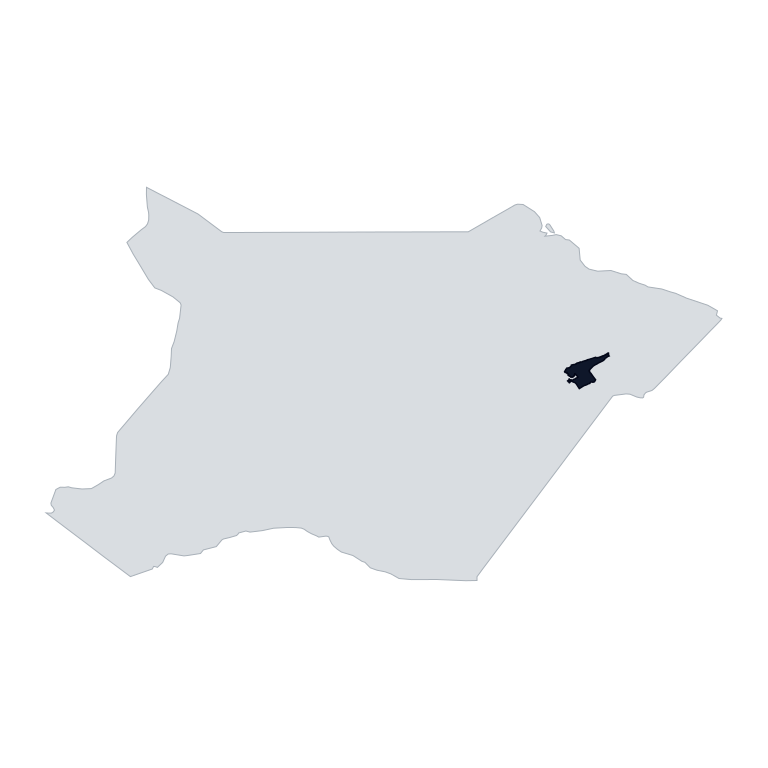 location of Kibwezi East, Eastern, Kenya, rotated 270°
{"feature_id": "3690345B7491344905793", "entity_name": "Kibwezi East", "entity_type": "district", "adm_level": 2, "iso_a3": "KEN", "parent_name": "Kenya", "parent_adm1": "Eastern", "projection": "equal_earth", "projection_center": [38.226, -2.656], "detail": "fine", "context": "in_parent", "style": "filled", "palette": "ink", "viewbox_px": 768, "rotation_deg": 270, "n_neighbors": 0, "source": "geoboundaries", "source_scale": "gbopen_adm2", "svg_char_len": 7319}
<svg xmlns="http://www.w3.org/2000/svg" viewBox="0 0 768 768"><g transform="rotate(270 384 384)"><path d="M187.5,477.0L187.3,465.7L188.5,436.9L188.4,411.6L189.5,399.0L194.1,390.9L196.2,385.1L197.8,377.0L200.2,370.3L205.7,364.9L206.7,361.9L212.5,352.9L216.0,341.3L218.7,337.4L221.9,333.7L224.3,331.8L228.1,329.9L231.1,328.8L231.6,327.9L231.9,326.0L230.9,318.8L232.2,316.4L234.2,311.6L236.6,307.2L238.7,304.3L239.9,301.4L240.4,296.3L240.5,292.7L240.5,286.9L239.8,273.6L237.4,262.4L235.9,250.0L237.0,245.9L235.0,238.6L234.1,238.2L232.5,236.6L230.5,229.7L229.0,223.4L228.0,221.8L221.4,216.3L218.1,203.4L214.5,200.5L212.5,187.6L212.1,184.0L214.2,171.1L214.0,168.2L211.8,165.5L205.6,162.7L200.6,157.4L201.3,155.6L201.6,153.6L199.0,152.3L191.4,130.4L201.3,117.2L211.3,103.8L224.1,87.0L235.9,71.4L246.0,58.0L255.1,46.1L254.9,48.4L254.9,51.4L256.0,53.2L257.9,54.5L260.5,53.2L262.7,51.3L264.9,50.9L278.5,55.9L280.8,60.2L280.7,64.9L281.2,68.3L280.2,71.7L279.0,82.0L279.4,91.4L283.4,98.4L287.1,103.9L290.0,111.6L292.1,114.0L295.0,115.2L304.4,115.5L318.2,116.0L331.5,116.5L332.7,116.7L335.6,117.7L347.8,128.1L359.0,137.6L368.5,145.9L377.8,154.0L386.7,161.8L393.7,168.3L400.5,170.3L411.7,171.2L419.4,171.5L426.5,174.2L437.1,176.8L445.0,178.1L449.8,179.6L463.0,181.1L465.2,180.2L471.1,173.0L477.6,161.3L480.1,154.8L488.6,148.4L503.5,139.5L513.9,133.2L525.6,126.9L530.8,132.4L538.2,141.2L541.4,145.5L544.1,147.5L548.0,148.7L552.8,148.8L555.5,148.6L560.9,147.4L573.5,146.4L580.7,146.5L574.6,158.2L567.4,172.2L554.0,198.0L543.9,211.5L536.2,221.8L535.5,223.6L535.5,235.1L535.6,263.0L535.8,319.0L536.0,375.0L536.1,430.9L536.2,458.9L536.2,468.3L543.0,480.1L549.6,491.5L558.3,506.8L563.0,514.9L563.8,517.6L563.5,523.1L556.3,534.5L550.4,539.7L542.5,542.1L540.1,541.7L537.0,540.0L535.8,542.8L534.9,547.0L533.1,546.1L531.8,544.9L532.6,552.4L533.4,556.2L532.2,561.2L528.4,565.6L528.0,569.3L519.7,579.1L507.9,580.2L501.7,585.0L498.9,589.0L496.8,597.7L497.5,610.9L494.2,621.2L493.6,626.3L487.5,632.9L484.8,639.0L482.8,645.2L481.1,647.9L479.0,661.8L476.2,670.2L475.4,673.0L474.7,675.6L472.5,680.5L471.1,683.9L470.0,686.1L462.8,707.7L457.2,717.5L452.8,716.4L449.9,720.1L449.6,721.9L448.0,720.9L444.3,717.4L436.8,710.0L429.2,702.7L421.7,695.4L414.1,688.0L406.6,680.7L399.0,673.4L391.4,666.1L383.9,658.7L379.5,654.4L377.5,651.9L375.9,646.8L375.2,645.6L373.2,644.0L370.8,643.6L370.1,642.7L370.2,640.2L371.0,636.7L373.8,630.0L374.1,626.0L373.5,621.5L372.6,614.3L371.9,612.7L366.9,608.9L356.4,601.0L345.9,593.1L335.4,585.2L324.9,577.3L314.4,569.4L303.8,561.5L293.3,553.6L282.8,545.7L272.3,537.8L261.8,529.9L251.3,522.0L240.8,514.1L230.3,506.2L219.8,498.3L209.3,490.4L198.8,482.5L194.8,479.6L191.3,477.0L187.5,477.0ZM537.0,553.8L535.1,554.4L536.1,550.6L541.5,545.7L543.7,546.8L544.1,547.9L544.0,548.9L543.1,549.9L537.0,553.8Z" fill="#d9dde1" stroke="#a8b0b8" stroke-width="1"/><path d="M386.3,594.5L388.2,595.6L391.5,593.1L394.4,591.1L394.5,591.0L394.7,590.9L395.0,590.6L395.2,590.2L395.3,590.1L395.5,590.0L395.5,589.9L395.7,589.7L395.8,589.6L396.0,589.6L396.5,589.6L396.8,589.7L397.0,589.6L397.1,589.4L397.2,589.2L397.3,588.9L397.3,588.7L397.4,588.4L397.4,589.3L397.7,589.3L397.8,589.5L398.5,589.9L401.6,592.9L401.8,593.1L402.2,593.6L403.2,595.2L404.3,597.4L404.9,598.2L405.1,598.6L406.1,600.7L407.2,602.9L408.4,604.4L408.7,604.7L408.9,604.8L409.0,604.8L409.4,604.7L409.6,604.8L409.9,605.4L410.1,606.0L410.7,606.8L411.0,607.1L411.5,607.8L411.9,608.9L412.0,609.1L412.2,608.9L412.3,608.9L412.5,608.8L412.5,608.7L412.9,608.7L413.1,608.6L413.5,608.2L413.6,608.5L413.9,608.6L414.5,608.5L414.8,608.5L414.8,608.3L415.0,608.1L414.9,608.0L414.8,607.9L414.7,607.6L414.5,607.3L414.3,607.4L414.0,606.7L413.9,606.7L413.8,606.8L413.7,606.7L413.7,606.4L413.5,605.9L413.5,605.7L413.4,605.5L413.4,605.4L412.9,605.5L412.9,605.4L412.8,604.8L412.5,604.1L412.4,603.6L412.2,603.4L412.1,603.2L412.2,602.9L412.1,602.7L411.7,602.7L411.7,602.3L411.8,602.0L411.8,601.8L411.7,601.7L411.4,601.7L411.4,601.3L411.4,601.0L411.3,600.9L411.2,600.8L411.0,600.6L411.1,600.2L410.8,600.1L410.7,600.1L410.6,599.8L410.5,599.7L410.7,599.2L410.6,598.8L410.4,598.2L410.5,597.9L410.4,597.7L410.1,597.4L410.0,597.2L410.2,596.8L410.2,596.4L410.3,596.1L410.7,595.8L410.7,595.7L410.5,595.0L410.4,594.6L410.2,594.1L410.1,593.7L409.8,593.1L409.6,592.1L409.4,591.8L409.3,591.6L409.2,590.9L409.0,590.2L408.7,589.7L408.7,589.4L408.6,589.1L408.6,588.9L408.4,588.2L408.2,587.8L408.3,587.4L408.1,587.1L407.9,587.0L407.9,586.8L407.5,586.5L407.5,586.4L407.5,586.2L407.5,585.9L407.3,585.7L407.3,585.2L406.9,583.8L406.8,583.5L406.6,583.1L406.5,582.4L406.4,582.3L406.2,582.2L405.9,581.1L405.8,580.8L405.8,580.6L406.0,580.5L406.1,580.3L406.1,580.2L405.9,580.0L405.8,579.8L405.4,579.7L405.4,579.4L405.3,579.2L405.2,579.0L405.2,578.8L405.2,578.6L405.3,578.4L405.2,578.3L405.1,578.1L405.1,577.7L405.0,577.4L404.8,577.3L404.8,577.2L404.8,576.7L404.7,576.6L404.3,576.4L404.2,576.1L404.1,575.7L403.9,575.5L403.7,575.5L403.6,575.3L403.6,574.7L403.5,574.4L403.5,574.1L403.4,573.6L403.4,573.3L403.2,573.0L403.2,572.5L403.1,572.2L402.9,571.5L402.9,571.4L402.4,571.3L402.2,571.2L401.8,571.2L401.6,571.0L401.6,570.8L401.5,570.7L401.3,570.5L401.1,570.5L401.0,570.4L400.9,570.1L400.8,569.9L400.6,569.9L400.4,569.8L400.3,569.7L400.2,569.0L400.2,568.7L399.9,567.3L399.9,566.9L399.4,566.8L399.2,566.7L399.1,566.4L398.9,566.2L398.7,565.8L398.5,565.7L398.1,565.8L398.0,565.7L397.8,565.5L397.6,565.5L397.1,565.1L396.9,565.1L396.8,564.7L396.7,564.6L396.2,564.6L395.9,564.9L395.6,565.0L395.5,565.4L395.6,565.5L395.6,565.9L395.4,566.1L395.5,566.3L395.5,566.6L395.5,566.8L395.4,566.9L395.5,567.0L395.4,567.1L395.2,567.0L395.0,566.9L394.9,566.9L394.9,567.0L394.8,567.3L394.7,567.4L394.4,567.4L394.4,567.5L394.3,567.8L394.2,567.8L394.0,568.0L393.9,568.2L393.7,568.2L393.7,568.3L393.6,568.6L393.4,568.6L393.1,568.3L392.9,568.4L392.8,568.2L392.7,568.3L392.6,568.5L392.4,568.7L392.2,568.9L392.0,569.2L391.9,569.4L391.8,569.5L391.9,569.9L391.8,570.0L391.7,570.2L391.5,570.5L391.4,570.6L391.2,570.5L390.9,570.7L390.9,570.9L391.0,571.0L391.0,571.3L390.9,571.4L390.9,571.6L390.8,571.9L391.1,572.4L391.0,572.5L390.9,572.5L391.0,572.7L391.5,573.3L391.5,573.5L391.4,573.6L391.5,573.7L391.6,573.8L391.9,574.0L392.0,574.0L392.2,574.3L392.3,574.3L392.5,574.2L392.5,574.4L392.7,574.5L392.9,574.9L393.0,574.9L393.3,574.8L393.5,574.8L393.7,574.7L393.9,574.7L394.0,574.8L394.3,574.8L394.3,575.2L392.8,576.5L391.9,577.1L391.2,577.8L390.9,577.9L390.6,577.6L390.4,577.3L390.2,577.0L389.9,576.2L389.8,575.9L389.4,575.5L389.2,575.3L388.6,573.8L388.6,573.6L388.3,573.3L388.1,573.0L387.8,572.4L387.7,572.0L387.7,571.8L388.1,571.5L388.1,571.2L387.9,571.0L387.9,570.9L388.1,570.7L388.2,570.3L388.6,569.4L388.8,569.3L389.0,569.2L388.9,569.0L388.5,569.1L388.4,569.1L388.2,569.1L387.9,568.9L387.9,568.7L387.5,568.3L387.5,568.1L387.4,568.0L387.3,567.8L387.2,567.7L387.1,567.9L386.9,568.0L386.6,568.0L386.4,568.1L386.2,568.6L385.7,569.0L385.2,569.3L385.2,569.5L385.8,570.0L386.3,570.3L387.1,570.4L387.2,570.5L387.3,570.6L387.2,570.7L386.3,572.5L385.2,575.3L383.9,576.4L379.4,579.3L381.6,582.8L382.0,583.4L382.6,584.6L382.7,585.1L383.0,586.0L383.5,587.2L383.8,587.6L384.1,588.1L384.6,589.9L384.9,590.0L385.5,590.1L385.7,590.3L386.0,591.2L386.0,591.3L385.9,592.3L385.8,592.5L385.8,593.0L386.0,593.9L386.3,594.5Z" fill="#0f172a" stroke="#020617" stroke-width="1.5"/></g></svg>